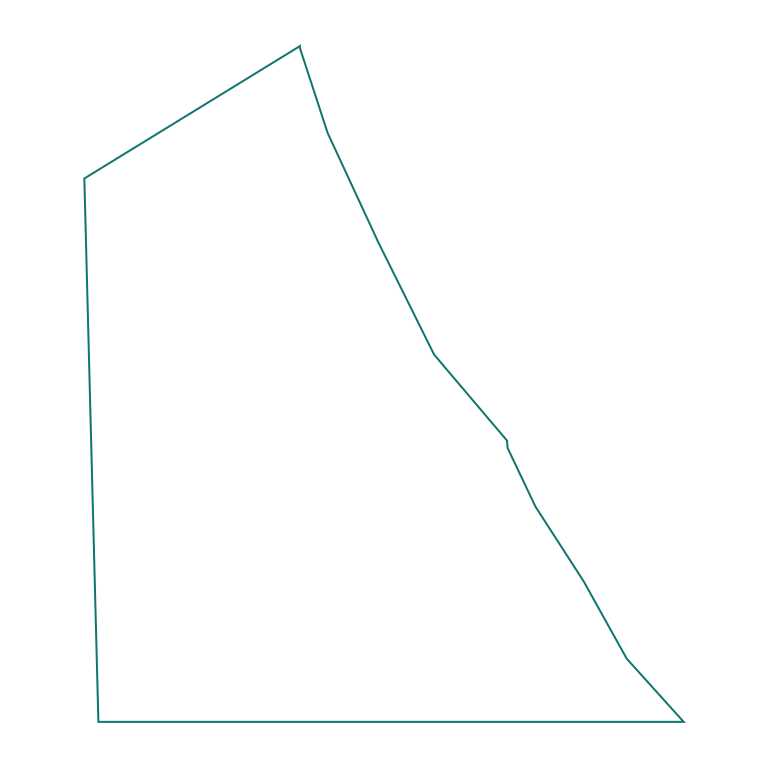 outline of 37, Ad Dawhah, Qatar
{"feature_id": "91078587B81580735513592", "entity_name": "37", "entity_type": "district", "adm_level": 2, "iso_a3": "QAT", "parent_name": "Qatar", "parent_adm1": "Ad Dawhah", "projection": "robinson", "projection_center": [51.498, 25.303], "detail": "fine", "context": "isolated", "style": "outline", "palette": "teal", "viewbox_px": 768, "rotation_deg": 0, "n_neighbors": 0, "source": "geoboundaries", "source_scale": "gbopen_adm2", "svg_char_len": 314}
<svg xmlns="http://www.w3.org/2000/svg" viewBox="0 0 768 768"><path d="M683.7,721.9L626.8,658.8L583.7,581.4L535.5,506.7L507.6,448.0L507.0,440.6L434.1,354.6L378.4,242.5L327.7,133.1L299.8,47.7L299.9,46.1L84.3,178.5L84.5,184.6L98.4,721.9L678.3,721.9L683.7,721.9Z" fill="none" stroke="#0f766e" stroke-width="2"/></svg>